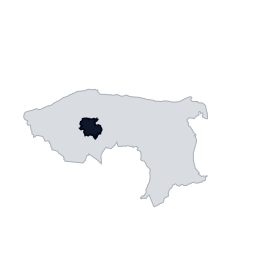 La Convencion, Cusco, Peru shown in context, rotated 125°
{"feature_id": "86281439B48996208982152", "entity_name": "La Convencion", "entity_type": "district", "adm_level": 2, "iso_a3": "PER", "parent_name": "Peru", "parent_adm1": "Cusco", "projection": "mercator", "projection_center": [-72.836, -12.335], "detail": "fine", "context": "in_parent", "style": "filled", "palette": "ink", "viewbox_px": 256, "rotation_deg": 125, "n_neighbors": 0, "source": "geoboundaries", "source_scale": "gbopen_adm2", "svg_char_len": 7936}
<svg xmlns="http://www.w3.org/2000/svg" viewBox="0 0 256 256"><g transform="rotate(125 128 128)"><path d="M178.5,76.8L178.4,77.5L177.6,77.8L176.9,77.3L175.7,77.5L174.1,76.0L170.1,76.2L168.4,78.0L165.8,78.3L162.9,79.2L159.7,79.5L154.6,82.3L153.4,83.5L151.1,85.2L149.3,85.7L148.3,90.9L146.5,93.9L145.8,95.5L146.8,98.0L146.7,99.2L145.7,100.2L144.9,100.3L143.1,101.4L140.5,103.7L140.1,105.4L140.9,107.7L140.6,108.0L138.5,108.4L138.5,109.7L138.1,110.2L139.9,112.1L140.9,112.5L141.0,113.0L140.8,113.4L140.4,113.7L140.4,114.1L141.7,115.4L142.6,118.2L144.5,119.6L144.6,120.4L145.1,121.3L146.1,122.0L148.4,124.8L148.4,126.0L146.0,129.0L150.0,129.0L154.3,130.0L154.9,130.5L155.5,131.8L155.5,132.7L156.4,133.4L156.3,135.0L162.1,135.0L165.8,134.6L171.8,129.7L172.7,129.3L172.2,130.3L172.1,131.1L172.5,132.0L171.8,133.2L171.7,145.3L172.8,144.6L174.2,145.7L175.2,145.8L178.5,144.4L182.4,144.7L191.3,160.5L190.5,161.6L190.6,162.4L189.5,163.1L188.4,164.4L188.3,170.7L187.4,172.6L187.9,173.6L188.4,175.7L189.2,176.9L189.4,177.7L189.3,178.0L188.1,178.6L188.0,179.8L185.8,182.1L185.4,183.6L184.6,184.1L184.4,185.9L186.4,188.7L185.1,190.4L183.9,192.9L186.0,198.2L186.8,198.9L187.7,198.9L189.0,199.3L189.7,200.1L188.1,201.1L187.8,201.6L187.9,203.3L186.1,204.6L183.8,208.0L183.1,208.2L181.9,209.2L181.7,209.7L181.9,210.1L182.9,211.1L183.0,212.4L181.3,213.9L180.1,214.0L179.6,214.4L180.1,216.5L180.1,217.4L179.7,218.5L178.9,219.7L176.3,221.0L174.0,221.2L170.0,218.1L168.7,216.8L164.8,214.2L164.1,211.5L162.8,210.1L160.4,209.1L158.5,207.7L157.0,207.1L153.4,204.0L150.2,203.0L144.1,199.8L140.8,198.7L136.6,195.7L134.4,194.9L132.6,193.5L127.1,190.5L126.2,189.6L125.4,188.1L124.1,187.2L122.8,185.2L120.7,184.0L118.8,182.4L116.4,178.2L115.2,177.3L115.1,175.4L114.3,174.5L115.5,173.9L116.3,170.9L115.9,169.4L113.1,165.4L112.5,163.8L110.5,160.8L109.8,158.9L108.2,157.6L107.5,156.5L106.6,156.0L106.5,154.6L105.9,151.9L105.0,150.6L101.8,148.1L101.4,145.4L100.7,143.5L96.2,135.9L93.6,128.6L91.4,124.5L90.5,122.2L90.5,120.9L88.8,118.8L88.0,116.8L84.3,113.0L82.2,108.8L81.9,107.6L80.5,105.3L78.1,102.3L77.0,101.1L70.0,97.4L66.7,95.1L66.3,94.0L66.4,93.3L67.2,92.7L68.2,93.1L68.8,92.9L69.2,92.1L69.3,90.9L68.6,89.3L66.4,86.2L67.0,84.8L64.7,81.2L65.2,77.7L65.7,76.8L69.2,73.3L70.1,71.8L71.5,70.8L73.0,69.4L74.8,68.3L75.3,68.7L75.9,70.6L75.8,71.8L76.3,73.2L75.0,74.5L73.7,74.2L73.2,74.6L73.0,75.2L73.2,76.1L73.5,76.5L74.5,76.5L73.2,78.4L73.3,78.8L74.2,79.1L75.1,78.6L76.1,77.6L76.7,77.4L80.1,79.2L81.7,79.0L82.9,79.9L83.1,81.2L84.8,83.8L87.3,84.4L87.8,84.2L88.3,83.2L88.9,83.1L89.0,81.6L91.2,80.1L91.6,79.1L91.2,78.3L91.3,77.7L92.6,74.3L93.0,74.0L93.4,72.9L93.9,72.2L94.6,68.4L95.2,68.4L95.8,69.3L96.5,69.1L96.1,68.2L96.3,67.9L98.7,64.9L99.5,64.2L111.3,60.0L117.2,55.7L122.4,49.7L124.0,43.6L124.6,44.1L125.6,43.9L125.3,41.5L125.5,40.3L125.5,40.0L123.9,38.5L123.2,36.9L121.8,36.0L121.8,35.6L123.3,36.0L124.7,35.8L125.9,34.8L126.7,34.9L128.7,36.3L130.1,36.4L130.6,37.4L131.9,38.1L133.9,40.2L134.8,42.5L134.8,42.9L135.7,44.1L137.6,44.7L139.5,46.4L141.5,46.9L142.4,48.4L142.9,48.9L143.2,49.8L142.9,50.8L143.2,51.3L144.6,52.2L145.9,52.3L146.2,52.7L146.9,55.2L146.4,56.5L146.6,57.2L148.2,57.8L148.7,58.4L150.0,58.5L151.9,57.9L154.2,58.7L155.9,58.4L156.8,58.2L157.6,57.7L158.3,57.7L160.1,56.1L160.6,55.9L162.5,56.7L164.2,57.8L166.2,57.5L167.0,56.9L168.4,56.5L171.1,57.8L171.7,58.5L172.4,58.6L175.2,59.9L175.7,60.5L177.2,61.0L177.5,61.4L177.4,61.9L170.8,72.3L172.8,73.1L174.7,72.6L175.7,73.3L176.5,75.0L178.0,76.1L178.5,76.8Z" fill="#d9dde1" stroke="#a8b0b8" stroke-width="1"/><path d="M150.4,170.2L150.7,169.9L150.9,169.8L151.2,169.9L151.3,169.8L151.6,169.7L151.8,169.5L152.0,169.6L152.2,169.3L152.3,169.3L152.5,169.1L152.7,168.7L152.6,168.4L152.6,167.9L152.4,167.6L152.5,167.4L152.3,167.4L152.3,167.1L152.1,166.7L152.4,166.6L152.6,166.6L153.3,166.7L153.4,166.9L153.6,166.9L153.8,167.2L154.0,167.3L154.5,167.3L154.7,167.2L154.8,167.3L155.1,167.0L155.1,166.8L155.2,166.7L155.3,166.7L155.4,166.9L155.6,166.9L155.7,167.0L155.8,167.1L155.8,166.9L155.9,166.6L156.2,166.7L156.3,166.3L156.3,166.2L156.4,165.9L156.3,165.7L156.0,165.6L156.0,165.3L155.9,165.1L155.5,165.0L155.4,165.0L155.3,164.9L155.2,164.9L154.7,164.4L154.8,164.2L154.6,164.0L154.5,163.8L154.6,163.4L154.5,163.2L154.5,162.7L154.6,162.4L154.9,162.2L154.6,162.1L154.4,161.9L154.5,161.8L154.8,161.8L155.0,162.0L155.4,162.1L155.9,162.2L156.1,162.1L156.3,162.1L156.6,161.9L156.8,161.7L156.9,161.3L156.9,161.0L157.2,160.6L157.3,160.7L157.5,160.2L157.5,159.8L157.7,159.7L158.0,159.6L158.4,159.4L158.5,159.2L158.4,159.0L158.5,158.9L158.7,158.7L158.4,158.6L157.8,158.3L157.8,158.1L157.7,158.0L157.4,157.8L157.2,157.8L157.2,157.3L157.1,157.1L157.3,156.8L157.2,156.7L157.2,156.2L156.4,156.0L155.8,156.0L155.4,155.9L155.4,155.6L155.5,155.4L155.3,155.3L155.3,155.1L154.7,155.0L154.8,154.7L154.7,154.6L154.7,154.2L154.8,153.9L154.2,153.6L154.2,153.4L154.4,153.3L154.4,153.2L154.3,152.9L153.9,152.6L153.8,152.3L154.0,152.2L154.2,151.9L154.3,151.8L154.4,151.6L154.6,151.6L154.8,151.4L155.0,151.1L155.0,150.9L155.1,150.6L155.1,150.4L155.1,150.2L155.3,149.9L155.2,149.6L155.4,149.2L155.6,149.1L155.7,148.7L155.3,148.6L155.3,148.4L155.2,148.4L154.9,148.5L154.9,148.4L154.7,148.4L154.5,148.6L154.3,148.6L154.2,148.6L154.1,148.8L154.0,148.7L153.9,148.8L153.7,149.0L153.6,148.9L153.6,149.1L153.4,149.1L153.2,149.3L153.1,149.2L153.1,149.3L153.0,149.5L152.9,149.4L153.0,149.5L152.9,149.5L152.6,149.6L152.3,149.6L152.2,149.6L152.1,149.4L152.0,149.6L151.9,149.5L152.0,149.4L151.9,149.4L151.7,149.4L151.6,149.2L151.2,149.2L151.0,148.8L151.1,148.7L150.9,148.7L150.9,148.8L150.9,148.7L150.7,148.7L150.5,148.9L150.3,149.0L150.2,149.1L150.2,148.9L150.1,149.1L149.9,149.0L149.7,149.1L149.8,149.0L149.7,149.0L149.7,148.9L149.4,148.9L149.2,148.6L149.2,148.8L148.9,148.7L148.9,148.8L148.8,148.7L148.7,148.6L148.5,148.4L148.8,148.3L148.6,148.3L148.6,148.1L148.8,148.1L148.7,148.0L148.6,147.9L148.4,147.9L148.4,147.4L148.5,147.4L148.4,147.3L148.0,147.5L147.9,147.8L147.5,148.0L147.3,147.9L146.8,148.1L146.4,148.1L146.2,148.1L145.7,148.2L145.6,148.3L145.0,148.3L144.7,148.3L144.6,148.5L144.3,148.7L144.3,148.9L144.1,149.0L143.9,149.1L143.7,149.3L143.6,149.7L143.4,149.7L143.4,149.8L143.3,150.0L143.6,150.3L143.6,150.6L143.4,150.6L143.2,150.6L143.1,150.9L142.5,151.3L142.1,151.8L142.0,152.1L142.4,152.7L142.4,152.9L142.3,153.0L142.3,153.7L142.6,153.8L143.0,154.0L143.5,154.6L143.7,154.8L143.7,155.0L143.8,155.2L143.7,155.2L143.8,155.3L143.9,155.5L144.1,155.4L144.1,155.6L144.1,155.8L144.0,156.0L144.1,156.3L144.3,156.4L144.6,156.5L144.5,156.8L144.1,156.8L143.7,156.9L143.4,157.6L143.4,157.8L143.1,157.9L142.9,157.9L142.6,158.0L142.4,158.2L142.3,158.6L142.3,159.1L142.1,159.3L141.8,159.2L141.5,159.0L141.5,158.7L141.2,158.4L141.1,158.1L140.9,158.1L140.7,158.1L140.1,157.6L139.8,157.7L139.7,157.8L139.3,157.8L139.1,157.9L138.9,157.7L138.7,157.6L138.6,157.8L138.3,157.8L138.4,158.2L138.4,158.5L138.5,158.8L138.4,158.9L138.6,158.9L138.8,159.2L139.1,159.5L139.3,159.5L139.4,160.0L139.6,160.4L139.6,160.8L139.8,160.8L140.1,161.3L140.1,161.7L140.6,162.0L140.8,161.9L141.0,162.2L141.2,162.4L141.3,162.4L141.6,162.8L141.9,163.2L141.9,163.4L142.0,163.6L142.2,163.8L142.2,164.0L142.3,164.2L142.9,164.6L142.8,164.8L142.9,165.0L143.1,164.9L143.1,165.1L143.0,165.3L142.8,165.5L143.1,165.7L143.4,165.6L143.3,166.0L143.2,166.1L143.2,166.3L143.3,166.3L143.3,166.2L143.5,166.3L143.6,166.6L143.6,166.8L143.8,167.0L143.9,166.9L144.0,167.1L144.0,167.4L144.1,167.5L144.0,167.8L144.3,167.9L144.3,168.1L144.5,168.4L144.7,168.5L144.7,168.8L144.8,168.8L145.0,169.0L145.2,169.3L145.3,169.4L145.5,169.6L145.6,169.8L145.8,169.8L146.0,169.9L146.2,170.0L146.3,170.1L146.4,170.3L146.5,170.1L146.7,169.9L146.9,170.1L147.0,170.1L147.5,170.1L147.7,169.8L147.8,169.9L148.0,170.0L148.4,169.6L148.6,169.6L148.9,169.5L149.2,169.6L149.3,169.9L149.5,169.9L149.7,170.0L149.8,169.9L150.0,170.0L150.1,169.9L150.2,170.1L150.2,170.3L150.4,170.2Z" fill="#0f172a" stroke="#020617" stroke-width="1.5"/></g></svg>